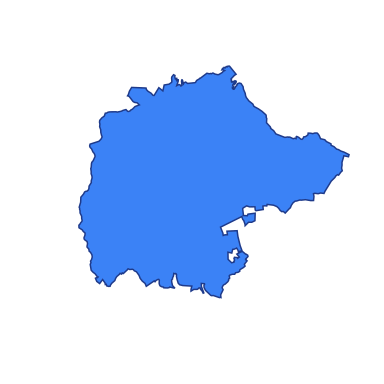 the district of Sanpaul, Cluj, Romania, rotated 32°
{"feature_id": "2599482B48452266583717", "entity_name": "Sanpaul", "entity_type": "district", "adm_level": 2, "iso_a3": "ROU", "parent_name": "Romania", "parent_adm1": "Cluj", "projection": "mercator", "projection_center": [23.418, 46.899], "detail": "fine", "context": "isolated", "style": "filled", "palette": "blue", "viewbox_px": 384, "rotation_deg": 32, "n_neighbors": 0, "source": "geoboundaries", "source_scale": "gbopen_adm2", "svg_char_len": 5975}
<svg xmlns="http://www.w3.org/2000/svg" viewBox="0 0 384 384"><g transform="rotate(32 192 192)"><path d="M228.0,282.5L225.1,281.7L222.5,279.1L221.3,277.3L221.6,276.1L221.0,275.2L220.8,273.1L219.7,270.7L221.5,270.2L221.5,269.8L222.2,269.9L222.8,270.4L223.4,271.7L225.9,274.3L228.7,276.7L230.8,277.2L233.8,276.2L241.7,271.9L242.8,275.2L243.7,276.6L245.1,273.7L248.0,271.8L248.4,271.2L248.6,270.0L249.4,269.2L249.9,269.1L250.7,270.0L253.0,270.6L255.1,271.9L255.5,271.3L250.0,267.1L248.3,264.6L251.1,263.2L251.5,263.4L251.6,264.8L252.9,266.7L255.7,268.3L262.7,269.7L263.6,269.5L264.9,268.5L271.3,267.0L271.7,266.4L272.5,266.2L270.8,264.0L270.2,258.4L268.4,257.3L268.1,256.8L267.9,254.7L268.2,253.7L269.0,252.4L269.9,249.1L269.9,247.6L269.3,246.7L269.3,245.9L269.7,245.5L268.9,244.2L268.0,243.5L268.2,242.3L269.8,240.4L271.8,239.1L271.7,237.4L273.6,235.7L274.3,234.4L274.5,233.8L273.9,233.1L273.9,232.3L275.6,228.9L276.3,226.8L274.7,225.5L275.2,221.2L273.4,221.0L273.5,220.2L273.1,220.1L273.7,217.1L272.8,216.1L271.0,216.0L270.7,216.3L266.2,215.7L264.9,217.4L262.9,220.9L266.6,222.1L265.9,223.8L265.6,223.4L262.6,224.9L262.9,226.3L264.2,227.1L264.3,228.7L264.8,228.9L264.6,229.5L263.1,231.0L258.3,230.0L254.4,224.0L258.1,222.7L256.9,219.1L258.2,218.0L259.6,215.9L262.1,217.2L263.0,218.1L264.4,216.4L265.8,215.5L261.3,212.0L254.4,205.3L250.8,200.9L242.4,206.7L244.7,209.5L242.6,210.9L241.5,212.3L240.1,210.6L234.8,206.7L247.2,186.5L249.5,188.3L251.0,188.8L254.0,191.2L254.9,192.4L256.0,187.7L258.7,186.0L260.6,183.0L256.8,176.5L251.2,181.1L251.5,182.8L247.9,184.8L247.5,183.9L243.8,179.3L243.9,178.3L245.7,174.8L248.7,174.1L253.2,171.2L255.2,173.8L256.1,174.0L261.7,169.1L259.6,166.4L260.9,165.2L262.8,164.2L262.3,162.7L268.1,160.0L271.6,159.4L274.0,159.8L276.5,160.9L278.5,161.1L279.8,160.1L282.2,160.5L283.5,153.9L283.8,153.4L283.3,150.6L283.4,147.7L284.3,145.1L285.5,144.2L287.6,141.7L289.0,141.0L292.3,138.4L297.4,136.3L299.6,134.8L297.8,131.2L295.9,129.0L296.9,128.0L299.9,126.6L301.6,124.7L304.7,123.3L304.4,121.0L304.3,109.0L305.5,103.9L305.4,102.4L306.2,100.2L307.4,100.0L307.7,96.2L308.2,94.4L306.2,92.5L305.0,89.7L303.5,87.4L301.6,80.8L306.0,79.2L305.4,77.1L299.9,77.6L296.4,78.4L293.8,78.4L291.9,79.0L288.4,78.3L285.3,78.7L284.3,77.5L279.3,78.0L276.9,77.3L272.8,78.7L269.9,76.7L268.0,75.9L266.8,75.7L264.9,76.9L263.5,78.5L261.4,79.3L259.3,80.5L260.0,82.1L259.3,84.1L258.6,85.2L257.5,86.1L257.8,87.7L257.4,89.1L256.2,89.5L253.5,89.1L251.3,89.4L251.1,89.9L252.0,91.6L250.6,92.0L249.6,93.2L245.8,93.6L244.9,94.4L244.3,94.4L241.8,96.5L232.4,98.3L228.7,96.7L225.0,96.4L224.9,96.0L223.7,95.2L218.5,93.8L216.4,90.0L215.4,89.4L214.6,88.1L213.8,87.4L208.7,86.5L204.3,86.3L199.2,86.6L197.0,85.2L191.9,84.6L188.0,83.1L186.4,81.9L184.8,80.1L181.2,77.6L179.5,75.6L176.1,74.0L174.4,74.5L173.3,75.9L173.5,78.2L173.1,79.4L173.3,80.7L173.2,82.6L172.6,83.0L171.3,82.6L170.9,82.0L171.8,81.8L171.7,80.7L171.2,80.2L170.2,80.3L169.8,79.5L169.8,78.2L170.8,78.3L170.6,77.6L170.7,77.1L171.0,77.1L170.8,76.7L171.2,76.7L170.6,76.0L170.7,75.6L171.2,75.4L171.1,75.0L170.5,74.6L169.4,74.9L169.4,75.7L170.3,76.2L170.2,76.5L169.6,76.2L168.9,76.6L168.6,76.4L168.5,76.8L168.0,76.9L168.1,77.3L167.7,77.7L167.2,77.3L167.3,78.1L166.2,76.2L165.9,76.3L165.2,75.4L165.4,75.1L165.3,74.8L166.2,70.5L167.0,68.8L157.1,65.4L155.8,66.2L155.7,67.0L155.2,67.0L154.6,67.5L154.6,68.2L154.0,68.8L154.2,69.2L153.1,69.5L153.2,70.1L152.4,71.0L152.6,72.4L152.9,72.0L155.3,71.8L154.5,73.0L154.4,74.5L152.5,78.2L151.6,78.9L149.0,79.8L146.7,80.0L145.7,81.5L145.0,81.6L144.0,82.6L141.7,83.4L138.8,91.0L138.4,91.3L138.5,91.6L136.8,95.0L136.9,97.2L136.6,97.7L130.7,102.3L128.4,102.1L127.3,103.6L127.5,105.0L126.8,104.7L125.5,102.9L124.4,102.1L124.0,102.2L124.3,103.5L127.0,107.0L126.4,108.0L125.4,107.5L124.0,107.7L122.7,109.9L121.5,105.1L120.8,104.1L120.1,104.5L120.1,105.6L118.8,104.9L119.4,104.3L118.8,103.7L117.8,104.8L116.4,103.5L115.8,102.2L114.2,102.3L113.9,105.1L114.3,106.2L116.2,108.7L116.6,109.8L115.4,112.7L111.7,116.0L113.7,121.7L108.6,121.1L108.7,130.2L107.7,130.7L105.0,129.9L101.3,129.9L99.1,129.3L97.9,128.2L85.4,135.3L85.5,139.7L86.4,143.2L86.4,144.6L87.9,144.2L94.0,146.5L95.7,146.5L98.3,145.4L101.2,146.0L98.4,149.7L97.6,153.3L96.7,154.8L96.4,156.2L95.7,157.2L94.7,157.7L92.3,157.1L90.2,159.4L89.3,160.9L86.2,163.9L85.1,164.2L80.0,167.5L78.5,168.8L77.7,170.4L76.7,171.1L77.4,174.1L76.3,176.8L75.8,180.0L76.0,180.7L76.7,182.0L77.9,183.2L79.1,185.6L81.5,187.5L83.2,189.9L85.4,192.0L86.3,192.6L86.7,193.5L86.8,195.5L86.2,198.3L80.2,205.4L80.8,207.2L82.0,208.2L83.9,208.6L86.7,210.5L88.8,211.2L90.4,212.5L91.0,213.3L91.6,217.8L91.3,219.9L91.7,221.2L93.4,224.4L93.7,225.7L95.8,228.3L96.8,230.0L98.6,231.4L99.8,233.0L100.7,236.1L101.6,237.3L101.6,241.6L102.7,243.6L103.0,245.2L102.6,246.8L101.4,247.9L100.9,249.0L101.1,251.2L100.5,255.3L103.0,259.7L104.4,264.7L105.3,265.3L105.9,266.3L106.8,267.0L108.2,269.1L111.2,271.0L112.7,273.2L113.8,274.1L114.2,275.5L113.9,277.1L114.0,278.6L113.7,279.4L113.8,280.3L115.1,282.2L119.2,282.3L120.4,283.0L123.1,283.5L124.1,285.3L124.6,287.9L125.4,289.0L126.5,289.4L129.3,289.6L130.8,291.2L131.7,293.6L132.3,294.4L134.6,295.0L136.3,296.8L137.8,296.9L140.3,298.2L141.8,299.9L142.6,302.4L142.6,304.4L143.7,305.4L144.1,307.4L148.0,311.8L150.7,312.5L153.2,312.7L156.3,313.9L157.4,313.8L157.2,314.8L156.5,315.1L155.8,316.3L158.6,318.3L162.2,318.6L162.6,313.6L166.4,315.2L167.5,316.4L168.2,315.7L169.4,316.8L171.2,316.3L172.5,315.4L172.2,314.0L172.3,312.0L173.5,308.0L173.0,305.8L173.0,303.6L174.0,300.4L174.1,299.1L175.6,299.1L175.9,298.6L175.7,297.6L177.0,297.5L178.4,292.2L178.5,291.0L180.3,290.7L182.4,289.1L183.5,288.9L184.8,289.4L187.2,289.1L191.3,290.8L193.8,292.7L197.0,293.9L200.7,294.4L203.2,296.2L207.1,287.4L208.2,287.7L208.4,286.0L209.3,284.4L210.1,283.7L211.0,284.1L212.5,286.8L213.6,287.9L214.6,288.5L216.1,288.5L218.3,287.8L218.9,288.2L222.0,286.4L223.3,285.2L223.4,284.5L223.8,284.3L227.9,282.9L228.0,282.5Z" fill="#3b82f6" stroke="#1e3a8a" stroke-width="1.5"/></g></svg>